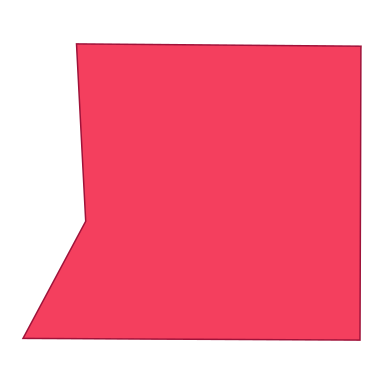 the district of Paso de los Indios, Chubut, Argentina
{"feature_id": "61730980B85851407891039", "entity_name": "Paso de los Indios", "entity_type": "district", "adm_level": 2, "iso_a3": "ARG", "parent_name": "Argentina", "parent_adm1": "Chubut", "projection": "albers", "projection_center": [-68.882, -44.01], "detail": "fine", "context": "isolated", "style": "filled", "palette": "rose", "viewbox_px": 384, "rotation_deg": 0, "n_neighbors": 0, "source": "geoboundaries", "source_scale": "gbopen_adm2", "svg_char_len": 279}
<svg xmlns="http://www.w3.org/2000/svg" viewBox="0 0 384 384"><path d="M23.0,338.4L68.4,338.6L154.3,339.1L179.3,339.2L263.3,339.6L360.0,340.1L360.5,189.1L360.9,49.0L361.0,46.2L76.5,43.9L81.6,142.7L85.7,221.3L23.0,338.4Z" fill="#f43f5e" stroke="#9f1239" stroke-width="1.5"/></svg>